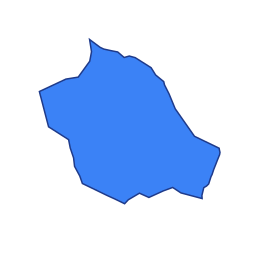 Bayandelger, Sühbaatar, Mongolia (orthographic projection), rotated 287°
{"feature_id": "93677404B18322501666911", "entity_name": "Bayandelger", "entity_type": "district", "adm_level": 2, "iso_a3": "MNG", "parent_name": "Mongolia", "parent_adm1": "Sühbaatar", "projection": "orthographic", "projection_center": [112.368, 45.634], "detail": "fine", "context": "isolated", "style": "filled", "palette": "blue", "viewbox_px": 256, "rotation_deg": 287, "n_neighbors": 0, "source": "geoboundaries", "source_scale": "gbopen_adm2", "svg_char_len": 791}
<svg xmlns="http://www.w3.org/2000/svg" viewBox="0 0 256 256"><g transform="rotate(287 128 128)"><path d="M201.4,65.4L190.3,70.8L180.7,71.9L162.1,65.5L156.6,54.3L137.0,32.6L133.6,34.6L131.9,35.7L105.9,51.7L99.5,74.6L92.0,78.6L83.5,84.7L75.7,88.1L68.0,95.9L61.6,100.6L57.4,127.6L57.1,129.9L56.3,136.0L54.6,146.9L59.5,149.3L69.0,158.0L67.7,168.3L78.3,180.3L84.2,188.1L81.4,197.6L82.2,219.5L85.1,218.4L93.1,217.9L95.5,220.1L98.1,221.5L105.8,221.6L108.1,222.0L113.4,222.1L118.2,222.5L123.6,222.9L129.3,223.4L131.6,223.1L134.2,221.6L135.3,221.1L139.5,194.0L160.2,167.5L172.6,157.3L179.9,150.3L182.8,148.6L184.4,144.7L186.8,138.9L192.4,132.5L197.4,114.3L197.2,108.2L194.3,103.7L197.7,95.9L197.0,89.1L196.4,81.7L197.0,77.7L201.4,65.4Z" fill="#3b82f6" stroke="#1e3a8a" stroke-width="1.5"/></g></svg>